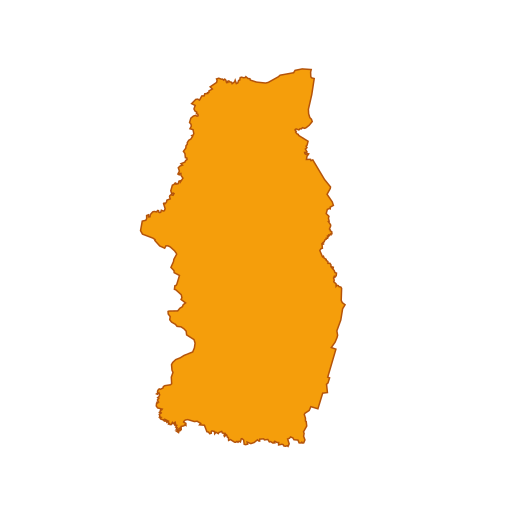 the district of Khlong Hoi Khong, Songkhla, Thailand, rotated 114°
{"feature_id": "78962969B91518300065155", "entity_name": "Khlong Hoi Khong", "entity_type": "district", "adm_level": 2, "iso_a3": "THA", "parent_name": "Thailand", "parent_adm1": "Songkhla", "projection": "orthographic", "projection_center": [100.352, 6.859], "detail": "fine", "context": "isolated", "style": "filled", "palette": "amber", "viewbox_px": 512, "rotation_deg": 114, "n_neighbors": 0, "source": "geoboundaries", "source_scale": "gbopen_adm2", "svg_char_len": 6148}
<svg xmlns="http://www.w3.org/2000/svg" viewBox="0 0 512 512"><g transform="rotate(114 256 256)"><path d="M70.2,275.0L70.6,277.6L69.9,278.9L65.8,280.9L63.2,281.4L66.3,289.9L70.5,295.8L73.3,296.2L81.0,307.5L83.2,308.5L92.4,315.4L94.1,317.6L96.9,326.2L97.6,332.7L96.5,333.7L97.1,335.5L96.3,338.2L97.2,338.3L98.2,339.8L98.5,341.9L99.4,343.0L102.0,342.4L102.7,343.3L105.2,343.0L106.5,344.1L103.9,346.5L105.6,346.4L108.3,347.9L107.2,349.0L107.6,350.8L107.1,351.7L107.4,352.7L108.3,352.9L108.9,352.3L109.6,353.4L107.7,355.0L107.1,356.5L108.5,357.0L108.0,358.5L108.6,359.7L108.7,362.3L110.3,364.1L111.4,363.0L113.5,362.6L120.1,366.7L121.2,363.8L124.3,366.1L125.6,365.6L126.5,366.7L127.2,366.2L128.6,368.8L130.8,368.5L131.8,370.6L136.6,371.0L136.4,373.0L137.4,374.7L143.0,376.8L143.2,372.8L146.9,372.5L148.4,370.7L148.7,368.6L150.2,368.3L150.1,366.8L151.4,365.9L152.3,366.7L152.2,368.5L153.6,370.1L156.6,371.6L161.1,371.0L162.1,368.9L163.8,367.9L166.6,368.1L166.2,364.9L169.5,362.6L171.1,362.6L172.1,363.7L172.6,362.6L175.7,363.1L177.6,364.5L180.4,364.9L181.9,364.2L183.6,364.8L186.1,364.0L189.9,364.9L191.3,362.6L194.9,360.5L194.6,359.1L195.9,358.2L197.4,359.1L199.2,359.2L202.2,362.1L202.9,360.1L204.6,361.9L207.0,362.9L209.6,360.5L212.9,360.7L213.1,359.2L211.7,359.2L211.1,358.2L212.8,357.4L214.6,354.4L219.2,355.2L218.1,355.9L218.9,356.8L221.6,356.5L222.9,358.3L222.1,358.7L222.1,359.5L224.1,360.1L225.3,361.2L231.0,360.4L233.5,358.3L232.2,357.4L232.3,356.3L234.3,356.5L234.6,358.6L236.0,359.3L237.0,359.1L238.7,357.6L241.2,360.1L243.1,359.7L245.2,360.3L245.0,361.5L245.7,361.8L249.7,358.3L251.8,358.1L252.6,358.9L252.7,361.1L254.7,360.8L255.5,361.5L255.6,362.5L254.2,363.5L254.5,364.5L256.1,364.6L256.7,367.1L257.7,368.3L261.1,369.4L263.3,368.8L264.0,370.0L262.1,371.0L263.5,372.4L266.3,371.1L268.2,371.2L270.4,374.1L279.8,371.8L282.2,368.6L281.6,357.5L282.1,354.8L283.0,354.7L286.0,348.0L286.0,342.6L283.3,342.4L282.5,340.5L282.6,338.0L284.4,332.5L286.0,329.8L286.7,329.2L292.4,329.7L294.7,329.1L301.0,329.1L302.8,324.9L304.5,324.0L304.9,318.0L313.7,316.9L315.3,317.0L316.2,318.0L319.6,317.0L319.5,315.5L321.8,308.5L324.3,306.7L326.2,306.8L327.5,301.3L330.1,302.7L332.2,302.6L334.7,304.3L338.0,305.2L341.7,313.1L342.4,313.8L344.7,312.6L346.3,309.7L349.3,308.9L350.7,306.3L351.2,301.8L352.4,299.5L351.2,295.7L351.8,292.2L353.1,289.2L356.3,287.3L357.6,278.6L360.4,276.2L365.0,274.9L369.4,274.8L376.1,281.3L379.7,283.7L383.3,287.2L387.1,288.8L389.6,289.0L394.5,286.3L396.1,284.5L401.1,284.1L407.0,281.1L408.4,281.7L411.5,286.5L412.9,287.5L414.5,287.3L416.7,289.2L416.7,290.2L417.5,290.8L419.4,291.0L421.5,290.1L422.4,290.7L422.4,289.7L420.5,289.0L422.0,287.5L424.0,287.5L425.3,288.2L425.5,287.0L427.6,287.5L429.1,285.7L429.9,286.9L430.4,286.2L431.1,286.9L433.6,286.1L434.8,284.1L434.0,279.4L435.1,279.6L435.2,280.6L437.1,280.4L437.5,279.4L438.1,280.3L438.4,279.0L440.0,280.0L441.4,278.6L442.5,278.7L442.1,277.1L443.2,277.6L443.7,276.8L443.5,274.1L442.8,273.5L443.9,273.1L444.0,272.2L443.6,271.4L442.3,272.0L442.4,270.2L443.5,270.4L444.2,269.8L442.6,268.7L445.1,267.6L444.3,266.9L445.0,266.0L444.5,264.9L442.1,264.7L442.8,263.8L441.6,262.9L442.5,262.8L443.3,261.7L441.6,261.6L443.3,260.5L443.0,259.5L445.0,259.7L445.0,258.2L446.6,258.4L446.3,256.7L447.4,256.6L448.3,257.7L448.8,254.9L446.7,255.2L446.4,254.2L445.5,254.0L444.8,256.0L443.6,255.1L444.0,254.2L442.2,255.1L440.5,252.8L439.2,252.3L439.3,251.1L437.4,252.0L437.2,254.6L436.6,254.7L434.6,253.9L433.2,251.8L432.3,244.9L430.9,242.6L431.4,238.4L433.2,238.9L431.6,234.3L436.5,229.4L436.2,227.7L437.2,226.0L436.1,224.8L434.6,225.5L433.7,225.1L433.2,222.6L435.2,221.4L433.3,220.9L433.6,218.2L432.3,218.1L430.2,216.0L431.4,214.7L430.7,212.2L432.8,212.3L433.7,211.4L432.0,210.6L431.2,211.2L431.4,210.0L433.1,208.5L433.1,207.4L435.6,206.0L434.1,204.7L434.8,199.9L434.4,198.7L433.1,198.0L433.5,196.7L432.1,196.1L432.2,194.6L428.9,195.1L428.5,194.4L429.2,192.4L432.8,190.2L432.6,188.8L431.3,187.1L429.6,188.4L429.5,184.4L427.1,181.8L423.3,179.9L423.9,178.5L423.6,177.4L421.8,178.1L419.9,174.6L420.6,173.5L418.8,170.6L420.4,168.2L419.6,167.1L420.0,164.5L419.1,162.9L418.4,163.8L417.6,163.5L417.8,160.9L417.2,159.4L419.4,158.5L417.4,155.7L417.3,154.4L418.2,153.3L417.8,151.6L416.6,150.3L416.9,149.3L414.1,149.3L410.3,152.7L408.9,151.3L407.2,150.8L407.2,148.3L408.4,146.6L407.1,142.8L409.2,140.6L408.4,138.6L407.4,138.4L407.9,137.2L407.3,136.4L404.1,136.5L401.3,139.2L398.5,139.9L397.3,141.1L390.7,140.5L386.8,142.8L386.6,143.7L384.0,144.9L381.2,147.4L379.9,147.4L375.5,144.6L371.3,144.6L370.4,137.3L354.2,139.3L351.7,135.2L344.5,139.4L342.7,138.6L337.4,139.2L337.5,141.2L308.6,145.1L309.0,150.0L302.7,148.7L297.6,148.8L295.2,149.2L291.5,151.7L280.0,152.5L269.0,155.4L264.3,154.8L263.5,158.2L261.9,160.1L250.8,164.6L249.9,165.8L250.2,167.9L249.6,168.8L249.8,170.2L251.0,170.5L248.9,171.5L247.9,174.5L246.3,174.7L244.6,176.2L242.8,176.2L243.3,175.3L241.3,174.7L238.9,175.5L239.0,177.2L237.5,178.6L236.0,181.7L235.4,180.6L234.8,180.8L235.2,183.3L233.7,183.8L232.6,185.5L233.4,187.3L231.8,188.1L231.4,190.1L230.5,190.5L230.2,192.9L228.8,194.3L229.7,194.9L225.0,200.0L222.7,199.5L221.9,198.5L218.4,200.5L217.9,199.6L217.5,200.5L216.6,199.7L216.4,200.2L215.0,199.5L213.2,199.6L212.2,198.7L211.2,199.1L210.7,197.8L209.5,197.9L208.9,198.7L208.4,197.8L207.9,198.4L207.1,198.2L207.1,197.1L205.9,197.0L205.9,196.1L205.0,196.4L204.7,195.7L203.0,196.7L202.8,198.4L202.1,198.6L201.5,199.9L198.1,200.0L197.1,200.6L195.1,203.9L194.5,203.3L192.0,205.2L190.1,205.5L188.7,209.1L184.5,209.8L182.8,208.4L182.7,207.4L181.2,208.1L178.3,205.9L175.6,208.3L170.7,216.2L164.2,215.6L162.6,216.0L158.2,224.6L145.1,243.2L146.5,244.5L145.5,245.5L147.3,249.2L144.2,250.0L141.3,249.4L141.5,250.9L142.8,251.5L142.6,252.9L141.6,253.7L140.9,252.1L140.1,251.8L138.2,254.4L136.3,253.5L135.3,254.9L134.0,254.4L130.0,255.1L128.5,266.1L127.7,266.8L127.8,268.0L126.8,270.1L125.7,270.0L125.4,271.2L124.5,271.7L123.6,271.0L123.4,268.1L121.8,267.5L121.4,266.2L119.9,265.8L119.6,263.5L118.4,262.4L115.0,260.6L110.3,259.3L108.5,261.0L107.7,263.1L104.6,265.8L100.7,267.8L85.9,270.7L70.2,275.0Z" fill="#f59e0b" stroke="#b45309" stroke-width="1.5"/></g></svg>